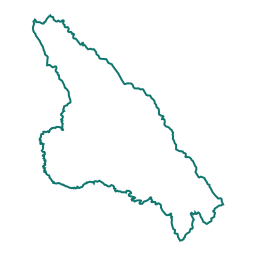 Mwala, Eastern, Kenya
{"feature_id": "3690345B72054376783235", "entity_name": "Mwala", "entity_type": "district", "adm_level": 2, "iso_a3": "KEN", "parent_name": "Kenya", "parent_adm1": "Eastern", "projection": "mercator", "projection_center": [37.528, -1.401], "detail": "fine", "context": "isolated", "style": "outline", "palette": "teal", "viewbox_px": 256, "rotation_deg": 0, "n_neighbors": 0, "source": "geoboundaries", "source_scale": "gbopen_adm2", "svg_char_len": 5721}
<svg xmlns="http://www.w3.org/2000/svg" viewBox="0 0 256 256"><path d="M39.8,140.1L40.5,139.9L40.8,140.7L40.4,142.1L41.5,142.9L40.4,143.4L40.4,143.8L40.8,144.0L42.5,143.6L43.6,144.1L43.0,144.9L43.2,145.9L42.9,146.5L43.1,147.2L42.8,149.1L41.8,150.7L42.7,151.8L44.3,151.9L44.8,152.6L44.8,154.3L44.2,154.4L44.1,155.4L43.0,155.3L42.8,155.7L43.9,156.6L44.1,157.8L43.6,158.4L44.5,159.2L44.3,160.0L45.4,160.4L44.9,161.3L45.4,161.7L45.0,162.7L45.1,163.1L44.5,163.7L45.3,164.6L45.2,165.0L43.3,166.0L43.1,166.4L43.8,166.9L43.5,167.8L43.8,168.1L44.9,168.2L44.6,168.8L44.8,169.8L44.4,170.1L45.1,170.6L45.1,171.0L44.2,171.5L44.2,171.9L44.6,172.1L45.8,171.8L46.2,173.7L47.4,174.8L49.1,175.5L49.6,176.7L49.5,177.7L50.9,179.0L52.2,181.2L53.5,181.8L53.1,182.8L53.5,183.0L56.4,183.5L58.9,183.0L62.5,184.8L63.5,184.7L64.2,185.5L65.0,185.7L65.8,186.3L66.7,186.3L69.3,187.6L71.8,188.2L73.2,187.8L73.8,188.3L74.5,187.7L75.9,188.4L76.9,187.9L77.3,186.7L77.7,186.8L78.1,187.7L78.7,188.0L79.6,187.9L81.1,187.1L81.9,187.1L82.7,186.3L83.2,185.0L85.2,183.5L86.6,183.3L86.8,182.4L87.7,182.5L90.0,181.7L91.6,182.2L92.5,182.0L93.1,182.3L93.8,183.3L94.3,181.5L94.7,181.3L96.0,181.2L97.4,181.7L99.3,180.7L103.0,183.0L104.8,184.9L105.8,184.8L108.1,186.4L109.5,186.4L111.4,185.1L113.1,185.7L114.0,186.7L113.9,188.4L114.2,188.7L115.4,188.8L115.0,190.5L115.8,191.4L117.5,190.7L118.5,191.4L120.0,191.3L122.0,192.3L124.7,192.2L126.1,192.6L126.6,190.8L129.2,190.9L131.0,192.4L131.1,193.1L128.8,194.5L128.8,195.2L129.3,196.0L134.1,197.1L135.0,197.7L134.6,198.4L131.8,199.0L131.6,199.4L132.0,200.4L133.6,200.5L134.6,201.5L137.1,200.4L140.5,200.4L141.0,200.7L140.9,201.2L139.6,203.0L139.5,203.4L139.9,203.8L142.1,203.8L143.2,202.7L143.7,201.8L147.6,200.3L149.3,198.8L150.3,197.5L150.7,197.3L151.2,197.6L151.0,199.0L152.2,200.3L152.2,200.7L151.4,201.7L151.7,202.1L155.1,202.0L155.6,202.6L155.4,203.9L155.7,204.3L156.7,204.3L158.2,203.3L158.7,203.3L160.6,204.6L161.0,205.6L161.0,207.7L162.8,211.1L164.4,212.7L164.8,213.6L166.6,215.1L168.2,215.1L170.9,213.6L171.2,214.1L170.3,215.3L171.9,216.6L171.9,217.4L171.2,217.7L172.1,220.0L171.6,221.2L171.8,223.8L172.5,226.7L173.5,229.2L174.8,229.8L175.1,230.2L174.6,232.8L174.8,233.3L177.6,234.0L178.0,237.0L180.1,240.6L180.6,240.3L181.7,240.3L183.6,239.2L183.7,238.3L184.3,237.5L185.0,237.1L185.1,235.6L185.8,234.7L186.7,233.7L189.5,232.1L190.5,228.9L192.0,228.9L192.8,227.7L192.1,224.8L192.3,223.2L192.8,221.2L193.8,219.8L191.1,214.7L190.8,213.6L191.6,212.8L193.5,214.3L194.6,213.5L195.3,213.7L195.3,212.6L196.3,213.9L196.8,213.8L198.2,212.4L198.7,212.6L200.0,214.3L200.8,217.0L201.9,218.5L203.5,222.1L204.6,222.4L206.2,223.7L206.9,223.9L209.9,221.8L211.1,221.3L211.4,221.0L211.5,219.8L211.3,218.5L214.3,216.8L214.4,214.8L214.9,213.7L214.9,212.6L213.5,211.7L213.2,211.1L214.4,210.1L214.7,208.7L219.3,205.5L221.3,205.4L222.3,204.5L223.1,204.4L221.8,201.5L221.5,198.8L220.6,198.3L218.8,198.5L217.9,198.4L217.1,197.2L215.9,196.2L214.2,194.2L212.4,191.8L210.6,188.1L209.6,187.0L209.4,184.9L207.6,184.1L206.8,182.1L204.8,179.1L204.7,178.3L203.7,177.7L201.2,176.8L200.6,176.7L199.3,177.5L198.5,177.0L195.5,172.1L196.4,169.2L196.2,167.2L195.1,165.9L192.9,160.9L191.6,160.1L191.0,158.7L189.4,157.3L185.6,157.0L185.4,156.5L185.9,155.4L185.7,153.9L184.8,153.1L183.5,152.9L182.7,151.5L179.4,151.1L176.1,149.4L176.1,144.8L174.7,143.1L174.0,140.7L172.8,138.7L173.1,136.3L172.6,134.4L173.1,132.6L172.4,131.8L171.8,130.2L170.0,128.9L169.2,127.7L167.4,126.7L166.0,126.5L164.7,125.0L164.3,124.2L164.8,122.0L164.5,119.7L163.7,119.0L162.0,119.1L162.2,118.2L163.4,116.6L163.2,116.2L161.1,115.6L159.2,114.5L158.9,113.9L159.1,112.5L158.7,109.1L157.7,107.9L156.7,107.3L156.0,104.6L154.8,103.2L154.4,100.9L153.0,99.2L151.5,98.1L150.2,95.6L147.5,95.4L146.3,94.9L143.2,89.5L142.7,89.2L140.2,89.4L138.6,88.3L136.7,88.5L134.6,88.3L133.5,87.2L132.5,84.6L131.2,83.5L127.3,83.3L125.2,84.1L124.4,84.0L122.1,80.5L118.3,73.5L112.4,65.5L111.9,64.3L108.4,62.9L106.3,59.2L100.3,58.7L99.6,58.3L98.5,55.7L96.6,54.4L96.1,52.1L94.0,49.3L93.6,49.2L92.2,49.4L90.4,48.7L89.2,49.2L87.8,49.1L86.3,47.3L85.2,45.5L84.4,45.1L83.1,45.4L82.9,45.0L83.3,43.8L82.9,42.8L82.3,42.9L81.9,43.9L81.3,44.4L80.8,44.6L80.2,44.4L76.1,39.0L75.2,38.5L74.0,38.5L73.3,37.9L73.2,36.9L73.4,35.4L73.9,34.9L73.9,34.1L73.5,33.8L72.1,33.9L71.8,33.5L71.8,32.6L70.9,31.9L69.3,32.1L68.3,31.7L68.0,30.9L68.8,28.9L68.1,27.5L67.5,27.1L65.6,27.4L64.8,26.9L64.5,26.1L64.7,25.0L63.5,24.1L63.2,23.6L63.1,22.2L63.8,21.2L63.5,20.4L62.5,20.3L61.0,21.7L59.6,21.5L58.4,20.6L57.0,21.5L56.0,21.4L53.7,19.7L53.2,17.3L52.8,16.9L51.3,16.8L50.6,16.1L50.3,15.4L48.8,16.6L46.8,18.9L45.4,21.7L44.0,22.4L43.8,23.4L43.3,23.6L42.1,23.5L39.6,22.2L36.3,22.1L35.5,20.1L34.9,19.6L34.4,20.6L33.5,21.4L34.1,23.8L32.9,27.5L33.3,30.7L33.6,31.6L35.4,33.9L35.9,35.7L39.5,40.5L41.4,44.5L42.8,46.6L43.7,50.0L44.8,52.5L45.0,54.4L47.4,56.4L47.8,57.4L47.4,59.6L47.1,65.3L49.6,64.9L52.6,67.3L53.5,67.2L54.8,66.4L55.9,66.5L56.4,67.3L56.3,68.8L55.6,70.1L55.6,70.7L56.3,71.9L57.7,72.8L57.6,74.0L57.9,74.6L58.9,75.2L59.3,79.0L62.0,80.7L64.2,85.1L64.9,87.6L65.2,88.0L66.2,88.5L68.5,91.5L68.8,92.8L68.9,95.8L70.3,99.9L70.5,101.9L70.4,102.5L67.7,104.0L67.2,105.3L66.0,105.5L64.1,106.4L63.7,108.5L63.2,109.2L63.3,109.8L64.2,110.9L62.9,111.5L62.7,112.4L61.2,114.0L61.1,115.1L62.7,116.2L62.9,117.1L62.1,118.9L61.1,119.5L61.3,119.9L62.4,120.3L62.4,120.9L61.7,121.2L61.5,121.8L62.8,123.9L62.4,124.8L62.3,127.8L63.0,129.9L62.6,130.0L61.8,129.6L61.0,127.5L58.9,127.0L56.4,126.9L55.5,128.0L54.5,127.7L51.9,128.1L51.7,128.6L50.9,128.9L49.9,129.9L49.5,131.1L49.1,131.3L49.0,132.1L48.6,132.2L47.9,131.3L46.1,132.1L44.8,131.7L43.3,131.8L43.3,133.9L41.4,134.1L40.9,135.5L41.0,137.0L39.7,138.8L39.8,140.1Z" fill="none" stroke="#0f766e" stroke-width="2"/></svg>